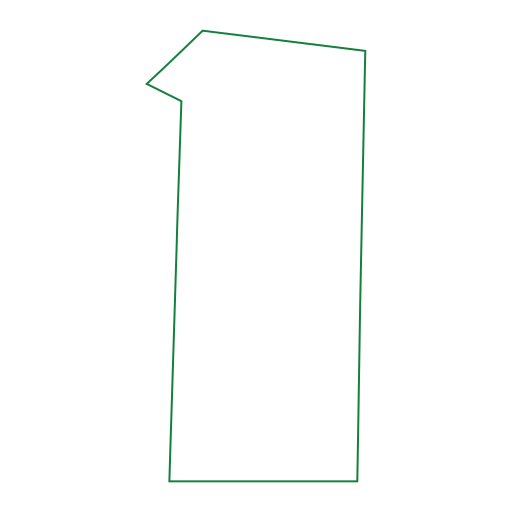 outline of 9 de Julio, Río Negro, Argentina
{"feature_id": "61730980B80423249669200", "entity_name": "9 de Julio", "entity_type": "district", "adm_level": 2, "iso_a3": "ARG", "parent_name": "Argentina", "parent_adm1": "Río Negro", "projection": "mercator", "projection_center": [-67.548, -40.906], "detail": "fine", "context": "isolated", "style": "outline", "palette": "green", "viewbox_px": 512, "rotation_deg": 0, "n_neighbors": 0, "source": "geoboundaries", "source_scale": "gbopen_adm2", "svg_char_len": 445}
<svg xmlns="http://www.w3.org/2000/svg" viewBox="0 0 512 512"><path d="M357.3,481.3L357.3,481.2L357.3,480.9L357.8,451.9L358.0,440.1L358.4,416.1L360.1,308.3L361.9,217.6L364.9,68.7L365.3,50.9L202.6,30.7L182.7,49.9L163.0,68.7L146.7,83.9L181.4,101.2L177.9,204.6L177.2,226.3L176.7,244.5L171.9,399.1L171.7,405.5L170.7,437.4L170.3,450.1L169.4,480.2L169.4,480.5L169.4,481.2L169.4,481.3L357.3,481.3Z" fill="none" stroke="#15803d" stroke-width="2"/></svg>